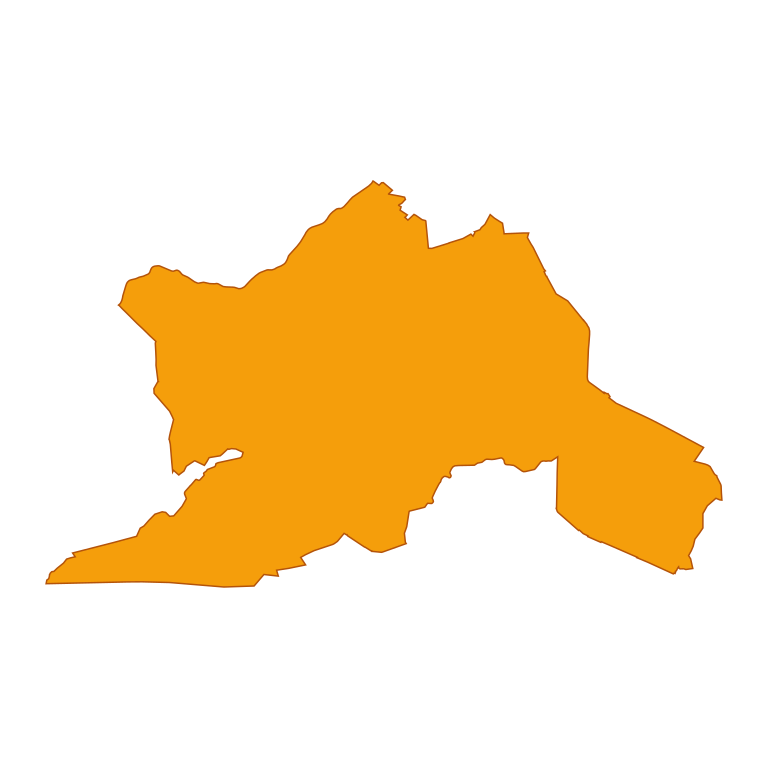 Barkavas pag., Madona, Latvia
{"feature_id": "27541924B85435526421867", "entity_name": "Barkavas pag.", "entity_type": "district", "adm_level": 2, "iso_a3": "LVA", "parent_name": "Latvia", "parent_adm1": "Madona", "projection": "mercator", "projection_center": [26.589, 56.738], "detail": "fine", "context": "isolated", "style": "filled", "palette": "amber", "viewbox_px": 768, "rotation_deg": 0, "n_neighbors": 0, "source": "geoboundaries", "source_scale": "gbopen_adm2", "svg_char_len": 6081}
<svg xmlns="http://www.w3.org/2000/svg" viewBox="0 0 768 768"><path d="M703.6,447.5L668.2,428.5L651.8,420.0L646.9,417.6L616.2,403.3L609.0,397.8L610.0,396.7L608.0,393.6L607.0,393.7L606.5,393.5L604.0,392.2L603.9,392.5L603.9,393.1L599.4,389.6L589.4,382.4L588.3,381.2L587.6,379.7L587.3,376.8L588.4,349.4L589.0,342.6L589.6,334.5L589.6,331.0L588.9,327.9L587.1,325.1L587.0,324.5L583.6,320.2L583.5,320.4L567.7,300.9L556.1,293.9L547.0,277.1L546.9,276.5L546.5,276.5L545.7,275.3L544.1,271.6L545.4,270.9L544.0,269.2L543.6,268.6L533.2,247.5L531.1,244.2L528.0,238.7L527.5,237.7L527.4,237.4L528.7,233.0L523.8,233.0L504.1,233.8L504.0,232.6L502.5,223.2L499.5,221.4L494.5,218.2L490.2,214.6L485.2,223.9L484.8,224.5L481.3,227.6L480.0,229.7L474.7,231.7L474.9,231.8L474.6,233.1L473.0,236.2L470.9,234.1L463.0,238.5L461.2,239.1L449.0,242.9L449.0,243.1L431.9,248.4L428.6,248.3L428.4,248.2L425.8,221.0L425.5,220.6L422.1,219.7L415.5,215.1L415.3,215.2L414.0,214.4L407.9,220.1L404.9,217.3L405.5,216.9L407.3,214.9L400.1,210.2L401.1,206.8L398.7,205.4L399.0,204.7L401.3,203.6L402.1,203.0L404.8,200.0L405.4,199.6L404.6,197.2L399.1,196.0L388.6,194.1L388.6,193.9L392.4,190.3L383.3,182.6L381.5,182.8L379.1,185.3L373.7,181.4L373.0,181.0L372.3,182.2L371.6,183.3L368.6,186.1L352.5,197.2L350.1,199.7L347.3,203.0L344.0,206.6L343.3,207.1L342.2,207.9L340.9,208.5L338.7,208.5L337.7,208.7L336.9,208.9L336.0,209.4L332.8,211.8L330.5,214.0L328.8,216.2L327.2,218.9L324.8,221.8L322.9,223.2L322.0,223.7L318.6,225.0L311.9,227.2L309.4,228.6L308.8,229.2L308.0,229.9L306.0,232.5L305.0,234.5L301.0,241.1L299.9,242.7L296.9,246.5L289.7,254.4L288.5,256.0L287.3,259.3L286.6,260.7L285.6,262.5L284.4,263.8L283.1,264.7L281.1,265.9L277.4,267.4L275.5,268.4L274.7,269.0L271.9,269.9L269.5,269.9L268.0,269.8L266.8,270.0L260.6,272.4L258.9,273.3L255.6,275.8L253.7,277.5L251.7,279.2L249.6,281.3L245.0,286.3L244.1,287.0L242.1,288.1L240.9,288.5L238.8,288.7L234.7,287.4L233.3,287.2L226.1,286.9L223.1,286.5L218.3,283.9L216.9,283.5L214.3,283.8L209.7,283.6L204.2,282.4L203.3,282.3L198.5,283.2L197.8,283.2L194.5,281.8L188.6,277.7L187.4,277.0L182.9,275.0L182.1,274.4L181.6,273.9L179.6,271.5L178.9,271.0L177.6,270.3L176.3,270.2L173.4,271.2L172.3,271.1L171.4,270.9L160.0,266.1L159.0,265.8L157.9,265.8L155.0,266.1L153.9,266.4L153.0,266.8L152.1,267.5L151.5,268.2L151.1,268.9L150.3,270.8L150.0,271.8L149.5,272.7L148.8,273.6L148.1,274.1L143.3,276.2L139.6,277.1L138.7,277.4L137.5,278.0L135.4,278.8L131.2,279.8L129.3,280.5L128.1,281.5L127.2,282.5L126.4,284.1L125.6,286.5L122.9,295.6L122.6,297.1L122.5,297.9L121.8,300.5L120.8,302.6L120.1,303.7L118.5,305.1L119.4,305.7L122.0,308.5L128.2,314.6L137.1,323.5L142.7,328.7L150.1,336.0L155.9,341.4L155.3,343.0L155.8,352.3L156.1,359.5L156.0,365.4L158.0,381.4L158.2,381.6L157.8,381.7L153.9,388.6L153.9,388.8L154.1,393.3L169.6,411.2L172.6,417.3L173.0,418.4L173.6,419.5L170.6,431.3L169.6,435.7L169.0,439.3L169.3,439.6L170.3,444.2L171.8,462.4L172.7,471.9L173.5,470.3L178.8,475.0L179.1,474.8L179.1,474.7L184.0,471.0L186.3,466.3L186.5,466.1L194.5,460.8L194.9,460.8L204.4,465.4L206.9,461.6L209.1,457.7L211.0,457.3L220.2,455.8L222.4,454.0L227.8,448.9L228.8,449.3L231.5,448.6L235.9,449.0L243.1,452.3L242.0,456.3L241.5,456.9L240.8,457.5L239.8,458.0L218.1,462.7L216.2,463.5L215.9,463.8L215.6,465.2L215.4,465.7L215.1,466.3L214.7,466.7L207.4,469.5L207.2,469.7L206.4,471.0L203.9,472.9L203.6,473.5L204.1,474.9L204.1,475.4L199.8,480.0L198.9,480.4L196.5,479.5L196.1,479.4L195.5,479.8L191.3,484.7L190.1,485.8L189.3,486.8L185.1,491.5L184.6,492.6L184.5,493.0L184.6,494.1L186.3,498.4L186.3,498.9L182.1,506.3L173.9,515.7L173.6,515.9L169.7,516.3L169.1,515.8L165.7,512.4L162.2,511.8L154.9,514.2L149.2,520.0L143.8,526.1L140.2,528.2L136.6,536.3L112.9,542.7L72.6,553.0L75.2,556.8L70.7,557.8L66.6,559.1L63.5,563.1L57.2,568.2L53.9,571.4L51.8,571.7L50.4,573.0L49.4,575.0L49.5,575.7L49.0,577.8L48.5,578.9L46.8,580.1L46.1,583.7L128.4,581.9L142.1,581.8L169.4,582.5L223.9,587.0L254.1,586.0L263.9,574.5L278.3,576.1L276.6,570.2L288.4,568.4L305.6,564.9L300.7,557.4L305.5,554.7L314.2,550.6L332.8,544.4L334.3,543.6L337.4,541.4L344.1,533.4L346.6,534.9L347.0,534.7L347.6,535.8L364.6,547.1L365.0,547.1L371.6,551.2L371.7,550.9L372.4,551.2L372.3,551.4L381.5,552.3L382.7,552.0L406.2,543.6L405.3,542.1L405.3,541.2L405.2,540.8L404.4,533.2L406.6,527.1L406.8,526.3L409.0,512.1L409.2,511.5L409.3,511.3L409.9,511.0L424.1,507.4L424.9,507.1L426.8,504.3L427.7,503.3L431.2,503.5L431.9,503.4L432.6,502.8L433.1,502.2L433.4,501.5L433.1,500.1L432.5,498.8L432.3,498.2L432.4,497.3L435.2,491.1L436.3,489.0L438.5,484.8L439.7,482.8L440.3,482.3L440.8,481.2L441.2,479.6L442.2,478.0L443.7,476.7L444.5,476.4L445.5,476.4L447.8,477.0L448.9,477.7L449.6,477.8L450.4,477.4L450.9,476.6L451.1,475.7L449.9,473.0L449.9,472.3L450.6,470.6L451.3,469.1L452.7,467.1L454.6,465.9L455.1,465.8L458.8,465.5L474.5,465.2L476.5,463.8L477.6,463.1L479.2,462.8L481.3,462.4L482.0,462.2L485.1,459.8L486.2,459.3L487.3,459.2L491.9,459.5L494.7,459.2L501.1,457.9L501.9,458.1L503.1,459.1L503.4,459.5L504.0,460.4L504.5,463.0L505.1,463.9L505.9,464.5L507.2,464.7L509.3,464.8L513.7,465.4L515.6,466.5L522.3,471.2L523.7,471.7L524.6,471.6L525.7,471.5L534.3,469.5L534.7,469.3L535.6,468.4L540.7,462.0L541.7,461.4L543.0,461.0L544.6,461.0L545.9,461.2L548.4,460.9L550.1,461.0L551.4,460.9L557.7,456.8L557.2,472.4L557.0,485.4L556.5,508.2L556.2,508.3L557.3,511.5L558.0,512.4L578.6,530.5L579.4,530.1L583.2,533.6L588.0,535.9L587.7,536.6L600.9,542.4L601.3,541.7L609.8,545.3L637.3,557.3L636.9,557.7L647.7,562.2L673.3,573.9L674.1,573.1L675.0,573.5L675.5,572.4L675.4,571.8L675.4,571.5L675.5,571.5L675.9,571.2L676.7,570.2L677.0,569.4L678.0,567.6L678.6,566.9L678.7,567.5L678.9,568.1L679.6,568.7L680.2,568.9L683.6,568.8L684.4,569.0L685.8,569.5L692.8,568.5L690.6,558.8L688.6,555.6L691.3,550.7L693.2,546.2L694.9,539.2L699.6,532.9L702.9,528.0L702.9,513.6L707.3,505.8L715.9,498.3L719.9,499.9L721.9,500.1L721.4,492.9L721.1,485.9L720.9,485.2L720.7,484.4L717.1,477.3L716.7,475.6L716.1,475.4L715.1,474.7L714.5,474.0L714.1,473.5L710.1,466.6L709.1,465.9L707.8,465.1L705.1,464.1L694.2,461.3L703.6,447.5Z" fill="#f59e0b" stroke="#b45309" stroke-width="1.5"/></svg>